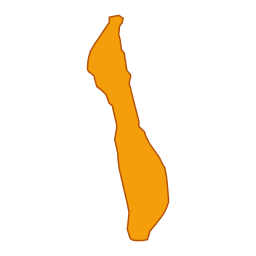 outline of Siis, Federated States of Micronesia
{"feature_id": "79324940B47551449537105", "entity_name": "Siis", "entity_type": "district", "adm_level": 2, "iso_a3": "FSM", "parent_name": "Federated States of Micronesia", "parent_adm1": "", "projection": "natural_earth1", "projection_center": [151.824, 7.299], "detail": "fine", "context": "isolated", "style": "filled", "palette": "amber", "viewbox_px": 256, "rotation_deg": 0, "n_neighbors": 0, "source": "geoboundaries", "source_scale": "gbopen_adm2", "svg_char_len": 965}
<svg xmlns="http://www.w3.org/2000/svg" viewBox="0 0 256 256"><path d="M114.7,139.5L117.7,152.7L118.2,160.0L119.2,168.6L123.9,189.0L127.1,202.4L129.1,212.5L128.6,217.1L128.2,221.7L127.3,229.1L130.1,238.2L132.2,239.9L135.8,240.6L142.6,240.5L147.4,239.6L149.9,231.4L151.8,228.9L155.8,224.1L160.5,218.0L163.6,213.7L166.3,208.5L168.5,202.2L168.4,197.9L167.4,186.0L166.5,176.9L164.8,167.8L162.7,164.5L159.5,157.8L149.7,143.8L145.7,136.1L144.5,131.9L138.8,126.4L138.9,121.9L136.9,113.6L133.1,98.9L130.5,88.3L129.2,83.7L129.6,80.8L130.0,78.9L130.6,77.6L130.5,74.6L126.9,70.6L124.2,53.0L121.4,49.7L120.2,40.1L118.7,34.4L119.5,26.6L120.5,24.7L122.1,22.8L123.2,18.4L118.8,15.4L109.4,17.2L109.3,22.3L98.6,38.4L95.2,43.1L90.4,51.3L88.7,57.2L88.1,60.6L87.5,67.5L87.5,69.4L88.8,71.9L90.4,72.8L93.9,75.8L96.8,86.5L101.3,90.0L105.9,94.4L109.2,103.2L112.3,105.7L114.5,115.5L116.6,124.0L116.7,128.1L116.1,131.2L114.7,139.5Z" fill="#f59e0b" stroke="#b45309" stroke-width="1.5"/></svg>